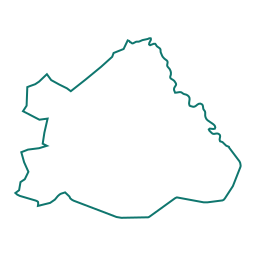 outline of Matam
{"feature_id": "SEN-767", "entity_name": "Matam", "entity_type": "Region", "adm_level": 1, "iso_a3": "SEN", "parent_name": "Senegal", "parent_adm1": "", "projection": "mercator", "projection_center": [-13.497, 15.275], "detail": "fine", "context": "isolated", "style": "outline", "palette": "teal", "viewbox_px": 256, "rotation_deg": 0, "n_neighbors": 0, "source": "natural_earth", "source_scale": "10m", "svg_char_len": 2408}
<svg xmlns="http://www.w3.org/2000/svg" viewBox="0 0 256 256"><path d="M127.7,40.4L128.2,40.6L129.2,41.0L129.6,41.4L129.7,41.6L129.9,41.9L130.0,42.1L130.3,42.2L130.9,42.4L131.1,42.6L131.8,43.2L132.0,43.3L132.7,43.4L133.3,43.2L136.0,41.8L136.6,41.7L138.4,41.7L138.8,41.6L139.5,41.4L142.5,40.1L147.7,39.0L149.0,38.4L149.6,38.3L150.1,38.2L150.8,38.4L150.9,39.8L149.3,42.9L149.1,44.5L150.1,45.2L153.7,43.8L155.2,43.8L155.7,44.4L156.5,45.7L156.9,46.3L159.6,48.2L160.2,48.9L160.5,49.7L160.6,51.5L160.7,52.3L162.1,55.7L162.7,56.8L163.5,57.7L164.3,58.6L166.8,60.5L167.4,61.3L167.6,62.2L167.5,63.1L167.2,64.8L167.2,65.6L167.4,66.3L167.8,66.9L169.6,69.0L170.4,70.6L170.9,72.3L170.9,74.3L170.7,75.2L170.4,76.0L170.2,76.9L170.3,77.8L170.8,78.5L171.5,79.0L173.0,79.9L173.8,80.5L174.5,81.2L175.6,82.9L176.0,83.7L176.1,84.5L175.9,85.2L174.4,87.6L174.1,88.4L174.0,89.3L174.1,90.2L175.1,92.7L176.5,92.6L179.5,92.1L180.9,92.2L181.6,92.5L183.4,93.8L184.2,94.1L186.4,94.7L187.6,95.4L188.7,96.4L189.4,97.6L189.6,99.1L189.1,102.9L189.1,103.8L189.3,104.6L189.6,105.6L190.2,106.0L193.2,106.8L194.6,106.6L196.1,105.7L197.4,104.6L198.8,103.8L200.4,103.6L201.9,104.3L202.6,105.1L202.9,106.0L203.3,108.8L203.6,109.5L204.6,110.8L205.0,111.6L205.2,112.4L205.2,115.8L205.6,117.4L206.4,119.0L207.6,120.3L213.4,124.3L214.7,125.6L215.3,127.3L214.8,128.7L213.2,129.0L209.8,128.6L208.8,129.4L209.4,130.7L211.6,132.9L212.5,133.6L213.4,133.9L214.3,133.9L216.4,133.5L217.5,133.5L218.4,133.8L219.3,134.4L219.9,135.1L220.1,135.9L220.1,136.7L219.6,139.3L219.7,140.1L220.0,141.0L220.1,141.3L222.5,142.1L223.3,142.9L226.2,145.7L228.9,146.8L229.1,147.6L239.5,161.4L240.2,163.0L240.6,165.3L240.6,166.1L240.4,167.0L232.9,186.1L224.9,198.4L223.7,199.8L222.5,200.4L207.7,202.3L203.5,202.3L176.9,197.4L175.9,197.8L175.1,198.2L149.3,216.8L148.2,217.3L121.3,217.8L116.5,217.0L73.7,200.7L72.0,199.8L70.3,198.4L69.4,196.5L65.1,192.4L61.0,193.7L59.6,194.5L57.8,196.1L54.9,199.6L50.1,202.9L37.9,205.9L38.1,204.4L38.2,203.2L38.0,201.9L37.3,201.3L35.8,200.6L19.8,195.9L17.2,194.6L15.4,193.0L19.1,190.2L20.5,182.1L24.8,179.2L28.4,171.8L24.1,162.2L21.3,152.2L28.0,149.6L39.1,148.2L46.9,145.8L42.7,143.7L44.4,132.6L47.6,118.6L39.4,119.7L23.0,111.2L26.6,105.7L27.3,87.1L30.2,86.0L35.2,84.2L39.1,81.6L46.9,74.2L51.2,80.1L59.4,84.6L66.9,88.3L70.8,91.2L85.4,79.7L101.1,66.8L112.2,56.8L113.6,53.0L123.6,49.0L127.7,40.4Z" fill="none" stroke="#0f766e" stroke-width="2"/></svg>